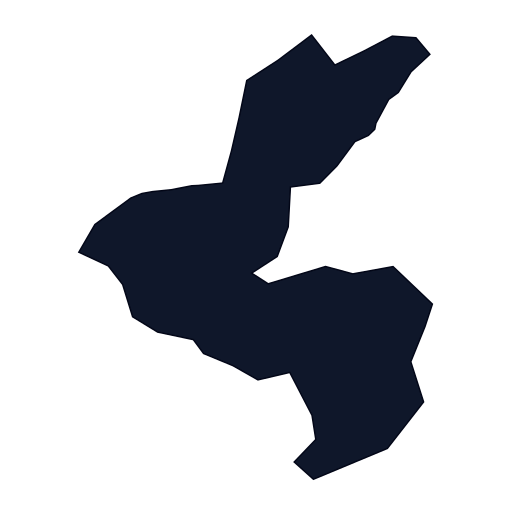 the border of Siguldas, rotated 271°
{"feature_id": "LVA-5778", "entity_name": "Siguldas", "entity_type": "Municipality", "adm_level": 1, "iso_a3": "LVA", "parent_name": "Latvia", "parent_adm1": "", "projection": "orthographic", "projection_center": [24.938, 57.102], "detail": "fine", "context": "isolated", "style": "filled", "palette": "ink", "viewbox_px": 512, "rotation_deg": 271, "n_neighbors": 0, "source": "natural_earth", "source_scale": "10m", "svg_char_len": 824}
<svg xmlns="http://www.w3.org/2000/svg" viewBox="0 0 512 512"><g transform="rotate(271 256 256)"><path d="M460.7,426.3L442.9,407.8L422.0,395.4L414.9,386.0L390.9,373.6L384.8,372.5L378.5,366.2L372.1,352.9L347.6,335.4L329.9,318.5L325.6,289.2L285.7,287.7L255.9,277.2L238.8,251.9L228.4,268.7L246.7,325.7L239.8,353.1L247.8,393.2L211.0,433.2L188.4,426.2L153.0,412.6L113.0,426.1L65.9,390.7L33.8,317.3L50.7,297.8L73.6,319.0L97.7,314.8L140.2,291.8L132.2,260.1L146.0,234.8L157.6,205.3L171.3,194.8L178.2,159.0L193.1,133.7L225.2,123.2L243.5,108.5L256.7,78.8L284.7,94.4L311.8,129.9L316.5,140.9L318.6,151.6L320.7,169.7L325.1,190.5L325.5,197.0L328.3,221.4L360.4,229.6L393.9,236.7L431.3,243.7L452.0,274.5L477.9,307.7L448.3,331.5L462.6,359.9L478.2,388.4L477.0,412.1L460.7,426.3Z" fill="#0f172a" stroke="#020617" stroke-width="1.5"/></g></svg>